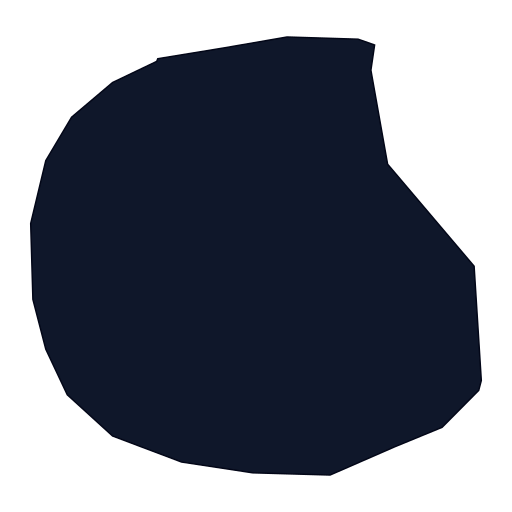 the district of Mongwalu, Orientale, Democratic Republic of the Congo
{"feature_id": "63176286B9060730940258", "entity_name": "Mongwalu", "entity_type": "district", "adm_level": 2, "iso_a3": "COD", "parent_name": "Democratic Republic of the Congo", "parent_adm1": "Orientale", "projection": "mercator", "projection_center": [30.235, 1.818], "detail": "fine", "context": "isolated", "style": "filled", "palette": "ink", "viewbox_px": 512, "rotation_deg": 0, "n_neighbors": 0, "source": "geoboundaries", "source_scale": "gbopen_adm2", "svg_char_len": 418}
<svg xmlns="http://www.w3.org/2000/svg" viewBox="0 0 512 512"><path d="M252.6,472.8L330.1,475.0L394.7,446.8L442.1,427.3L478.7,390.4L481.3,380.5L474.1,266.2L387.6,164.2L370.9,70.2L374.6,45.0L358.1,39.2L287.0,37.0L224.6,47.8L157.8,58.7L156.7,61.4L112.6,82.5L71.6,117.2L45.8,160.6L30.7,223.5L32.9,299.4L45.8,349.2L67.3,394.8L112.6,436.0L181.5,462.0L252.6,472.8Z" fill="#0f172a" stroke="#020617" stroke-width="1.5"/></svg>